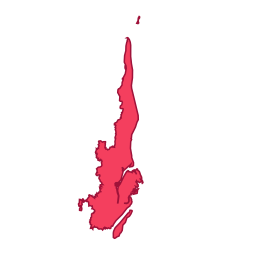 Cox's Bazar, Chittagong, Bangladesh, rotated 203°
{"feature_id": "16705992B34517682786426", "entity_name": "Cox's Bazar", "entity_type": "district", "adm_level": 2, "iso_a3": "BGD", "parent_name": "Bangladesh", "parent_adm1": "Chittagong", "projection": "robinson", "projection_center": [92.099, 21.257], "detail": "fine", "context": "isolated", "style": "filled", "palette": "rose", "viewbox_px": 256, "rotation_deg": 203, "n_neighbors": 0, "source": "geoboundaries", "source_scale": "gbopen_adm2", "svg_char_len": 5727}
<svg xmlns="http://www.w3.org/2000/svg" viewBox="0 0 256 256"><g transform="rotate(203 128 128)"><path d="M123.7,24.6L123.3,21.0L122.7,21.3L122.5,22.0L120.9,21.1L121.4,22.9L120.7,23.1L120.4,24.2L120.0,23.8L117.2,24.5L116.5,23.8L115.2,23.6L113.5,24.6L112.6,24.7L111.5,24.2L111.3,25.3L110.7,26.2L111.2,26.6L110.6,27.6L109.6,27.5L109.9,26.5L109.5,26.2L108.6,27.6L107.7,27.3L106.9,28.5L105.4,28.3L104.7,28.8L105.0,31.1L104.5,31.6L103.8,31.6L103.6,34.5L102.8,38.3L99.6,46.1L97.6,53.9L95.8,57.0L95.9,58.0L95.3,59.6L95.5,61.7L96.5,62.4L96.4,63.1L98.4,65.3L99.1,65.4L99.8,65.1L99.9,64.4L98.4,61.1L98.6,59.2L99.6,58.0L102.3,57.2L99.3,58.6L98.7,59.6L98.8,61.4L100.4,64.1L100.4,65.8L99.5,67.6L99.6,68.9L99.0,68.2L98.8,69.2L97.7,69.6L97.2,70.6L97.3,72.2L96.7,73.8L97.2,74.2L98.2,72.5L98.6,72.5L99.2,70.4L98.7,73.2L99.1,73.5L99.1,74.0L98.1,74.6L97.6,75.5L97.5,76.8L98.0,77.2L96.2,77.1L95.8,78.4L96.6,79.7L97.3,79.4L97.5,80.4L100.2,81.8L99.3,81.8L99.5,82.7L99.0,82.4L98.0,82.3L97.8,82.7L96.2,82.2L94.6,84.1L95.2,85.0L96.7,85.8L96.2,86.1L95.0,85.5L96.3,88.1L96.8,88.1L97.1,88.9L97.6,89.1L100.5,92.3L102.9,93.2L103.5,92.6L103.1,93.7L103.3,93.9L103.8,93.9L104.9,91.6L105.9,91.9L106.7,90.9L104.2,90.7L102.0,88.7L104.5,90.5L105.2,90.1L107.0,90.4L107.3,89.6L106.8,88.6L108.9,88.5L112.2,87.5L112.9,82.0L113.3,73.7L114.0,70.5L113.9,72.6L114.4,72.2L114.3,70.9L113.0,66.1L109.9,61.9L108.0,55.3L108.1,54.4L110.3,61.9L112.4,64.1L114.6,67.6L115.1,67.9L116.6,70.9L116.8,72.2L116.4,73.0L117.5,72.8L118.0,72.2L116.9,69.4L118.2,71.9L117.8,72.9L115.6,74.0L114.3,77.8L115.5,86.0L116.1,86.2L116.7,87.1L116.6,88.9L117.6,88.9L118.2,89.4L116.4,89.0L116.6,87.7L115.6,86.5L112.5,93.2L111.8,93.3L111.9,94.0L111.2,95.8L111.1,95.2L111.6,93.8L111.2,92.8L108.8,94.4L108.3,95.6L109.4,98.3L113.0,102.2L113.8,104.0L117.8,110.2L120.2,116.6L120.2,118.8L121.1,119.6L120.9,119.9L122.0,123.4L121.5,131.7L122.0,136.7L121.8,139.7L123.6,143.6L140.2,166.0L141.5,168.5L143.5,175.9L146.5,183.2L150.0,188.6L153.5,194.9L157.9,205.3L159.4,207.8L161.4,210.0L163.2,211.0L164.0,210.9L164.3,210.5L163.6,210.7L162.7,209.9L163.0,209.3L162.9,208.1L162.4,207.7L162.7,206.7L161.9,202.7L160.2,198.3L159.4,193.3L157.4,187.8L157.0,187.0L154.3,184.6L152.9,182.2L151.7,176.8L152.0,172.8L151.3,170.5L151.2,167.7L150.3,165.2L151.1,161.2L152.0,160.3L152.2,159.3L151.3,156.6L147.8,153.8L146.5,150.0L145.6,149.6L144.1,150.2L143.2,149.3L142.8,146.9L143.6,145.2L143.1,143.4L142.1,143.1L140.4,143.8L139.8,143.6L139.3,140.2L139.9,139.7L139.2,138.8L139.6,137.4L139.1,137.1L139.0,136.1L138.6,135.6L138.9,134.9L138.4,134.6L138.8,134.3L138.5,133.8L139.0,132.6L140.3,131.6L140.7,128.7L141.9,127.6L141.7,126.7L142.1,126.5L141.8,125.7L140.7,126.0L140.3,125.7L140.5,125.1L139.8,124.0L140.1,123.5L139.2,122.9L139.1,121.4L138.6,121.3L137.3,119.2L137.2,117.8L136.5,117.7L136.2,114.1L135.5,113.1L135.3,113.3L134.7,110.4L133.6,108.3L133.3,105.6L132.9,105.0L134.4,104.5L134.8,105.3L135.3,105.1L135.7,104.1L137.0,103.1L136.8,102.5L137.0,101.1L138.2,100.0L138.6,100.4L140.2,100.0L140.7,101.3L141.5,100.9L142.5,104.2L143.0,104.7L142.9,105.5L143.4,106.6L145.1,105.9L145.9,105.0L148.1,105.5L149.7,104.6L149.7,103.8L148.4,102.9L148.9,101.0L147.8,100.4L147.7,98.6L147.2,97.7L148.0,97.5L148.0,96.6L149.0,96.7L148.5,96.0L148.7,95.4L148.4,94.4L148.5,93.0L147.7,92.5L147.6,91.9L146.9,92.5L146.5,91.7L146.2,91.8L146.3,89.9L145.5,89.3L145.6,88.5L144.3,88.1L143.5,88.5L143.3,86.8L142.3,86.7L141.9,87.2L141.2,87.4L141.2,88.9L140.7,87.9L140.7,87.1L139.7,87.9L138.8,86.8L139.0,85.9L137.5,83.7L137.5,82.4L138.5,81.2L140.0,80.3L141.0,78.1L140.2,77.5L139.3,75.6L139.4,75.2L138.8,74.9L139.4,74.3L139.5,73.0L138.6,72.2L137.8,72.1L137.5,72.8L135.9,73.7L135.7,73.1L135.1,72.9L135.5,71.8L134.9,70.1L133.3,69.0L132.6,68.0L131.0,67.6L130.3,66.4L129.1,66.0L131.3,64.9L131.1,64.0L129.5,63.6L130.3,63.2L130.4,62.5L131.0,62.4L130.2,61.2L129.3,61.3L129.7,60.8L129.4,59.5L128.2,58.8L129.8,57.6L129.5,56.7L129.8,56.2L130.4,55.8L131.2,56.1L131.1,55.1L130.2,53.9L131.5,54.4L131.9,54.1L131.3,52.6L130.6,52.0L131.0,51.5L132.2,51.7L131.5,50.4L134.7,51.1L134.8,51.7L135.6,51.2L137.3,51.4L137.8,50.8L136.9,49.7L137.7,47.0L137.7,45.9L138.5,45.3L138.7,44.4L139.7,43.7L139.9,42.7L140.5,42.7L140.5,44.4L141.6,45.1L142.0,45.0L142.4,43.3L142.9,43.1L143.7,43.6L144.8,43.3L143.6,40.2L143.9,38.7L142.6,36.9L142.0,37.0L141.7,37.7L141.3,37.9L141.1,36.2L140.2,35.4L140.8,35.7L141.0,34.6L140.4,33.3L138.8,33.7L138.9,34.3L138.6,34.5L139.1,36.0L140.3,37.5L140.4,40.1L141.1,40.6L141.8,44.6L140.7,44.3L140.7,42.7L140.1,42.3L139.6,42.6L139.5,43.6L138.5,44.2L138.3,45.0L137.3,44.2L136.4,44.6L135.3,44.3L133.5,40.9L132.6,41.8L130.7,41.8L130.4,42.1L129.7,40.9L129.7,39.6L128.9,39.9L126.6,39.3L126.0,38.2L126.6,37.1L126.2,36.8L126.7,35.8L127.5,35.6L127.9,34.5L126.8,31.7L127.2,30.9L126.7,29.3L127.0,28.6L126.4,28.6L126.6,26.6L125.9,26.5L126.0,25.8L125.3,25.5L124.9,24.5L123.7,24.6ZM97.4,21.2L96.6,21.8L95.5,23.7L94.1,25.0L94.2,28.0L93.6,28.8L93.3,31.5L94.8,36.5L93.5,40.1L93.9,44.9L92.2,47.3L91.7,50.1L91.7,53.3L92.3,53.6L94.0,53.1L93.9,50.5L94.7,49.7L98.4,37.5L100.8,31.2L100.9,27.4L100.5,25.6L98.7,21.5L97.4,21.2ZM95.9,75.3L96.8,69.4L94.1,71.4L94.5,73.2L95.0,73.3L94.7,76.0L95.9,75.3ZM160.9,227.8L159.6,228.0L159.2,228.9L160.5,230.5L160.8,232.9L160.4,233.5L160.5,234.3L160.8,234.9L161.3,235.0L161.5,233.3L160.7,230.6L160.9,227.8ZM155.2,184.6L154.2,182.1L153.3,181.2L153.1,181.7L153.5,182.6L155.2,184.6ZM116.1,72.8L116.6,71.2L115.4,69.2L116.1,72.8ZM114.3,74.0L115.2,72.9L114.9,71.8L114.3,72.8L114.3,74.0ZM93.4,84.6L93.4,82.8L93.3,82.7L92.9,83.5L93.4,84.6ZM152.4,172.2L152.4,171.2L152.0,170.3L152.0,171.2L152.4,172.2ZM111.4,88.7L111.5,88.2L110.6,88.4L110.8,88.8L111.4,88.7ZM94.7,85.3L94.6,85.0L94.2,84.4L94.1,85.0L94.7,85.3Z" fill="#f43f5e" stroke="#9f1239" stroke-width="1.5"/></g></svg>